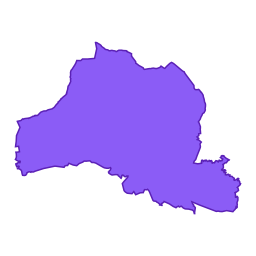 Holod, Bihor, Romania (Robinson projection)
{"feature_id": "2599482B12126878753034", "entity_name": "Holod", "entity_type": "district", "adm_level": 2, "iso_a3": "ROU", "parent_name": "Romania", "parent_adm1": "Bihor", "projection": "robinson", "projection_center": [22.119, 46.796], "detail": "fine", "context": "isolated", "style": "filled", "palette": "violet", "viewbox_px": 256, "rotation_deg": 0, "n_neighbors": 0, "source": "geoboundaries", "source_scale": "gbopen_adm2", "svg_char_len": 5878}
<svg xmlns="http://www.w3.org/2000/svg" viewBox="0 0 256 256"><path d="M30.9,172.3L31.2,171.7L32.7,172.0L33.7,171.9L34.8,171.3L43.6,168.5L54.6,166.2L55.6,166.2L64.1,167.3L64.8,166.0L66.4,165.5L67.6,165.5L68.9,163.3L73.1,165.0L76.7,165.7L79.1,163.6L82.8,162.1L84.1,161.1L85.5,161.1L85.8,161.2L89.8,160.8L91.8,162.5L93.8,162.5L95.8,163.1L103.4,167.4L104.6,167.9L106.4,168.2L108.3,168.3L110.5,167.6L110.9,168.4L110.3,170.1L109.6,170.6L109.0,171.3L109.0,171.9L108.5,172.1L108.8,173.1L110.5,174.3L112.0,175.0L115.3,174.6L117.7,174.7L118.3,175.8L119.5,176.6L120.8,178.1L121.1,178.3L121.8,176.7L121.7,175.9L122.0,175.3L122.3,175.1L123.2,175.2L123.7,175.5L124.2,176.3L124.9,176.7L125.8,176.7L126.7,176.0L128.0,176.1L127.8,177.0L127.5,177.5L124.1,181.3L122.3,183.6L124.0,190.4L124.5,191.2L125.5,192.1L127.2,193.2L132.0,193.7L133.8,191.6L135.7,194.7L140.2,192.8L143.3,192.6L143.3,192.2L143.9,191.2L144.4,189.8L144.6,189.6L146.5,189.8L147.0,189.7L147.6,189.3L148.8,190.7L149.4,191.7L153.0,200.4L153.7,201.0L156.1,201.3L156.6,202.0L157.7,202.5L159.2,203.7L159.7,204.3L159.6,205.0L160.6,205.1L161.0,204.9L161.5,205.4L162.0,205.4L162.0,205.0L161.3,204.0L161.3,203.8L161.5,203.5L162.6,203.1L163.0,202.6L163.9,202.1L164.1,201.5L169.4,203.9L173.3,206.5L175.9,207.6L176.0,207.7L176.7,207.0L178.5,206.1L179.2,206.9L179.7,207.0L180.7,206.3L181.6,206.3L181.9,206.7L183.3,208.0L185.2,208.9L188.6,209.1L192.2,210.0L193.3,210.7L193.7,211.3L194.3,213.6L194.7,213.6L194.6,212.5L195.3,207.8L195.0,207.2L193.9,206.1L193.5,205.9L193.8,205.5L193.6,204.9L192.7,204.0L191.9,201.8L199.5,205.0L216.3,211.4L218.2,211.1L219.9,211.5L222.2,211.6L226.6,210.6L232.9,211.7L233.9,210.5L235.0,209.5L235.8,208.0L236.0,207.1L236.6,207.9L237.2,207.2L237.1,205.1L237.3,204.2L236.9,203.0L237.9,200.1L237.9,197.4L237.2,196.4L236.3,196.5L236.2,197.3L235.5,197.2L235.4,193.7L234.9,192.7L235.6,192.2L236.2,192.2L238.5,190.5L238.2,188.8L237.7,187.7L237.3,187.4L240.2,184.7L240.1,184.3L240.6,183.7L239.7,182.9L239.7,181.7L239.0,180.6L238.6,180.2L238.0,180.7L237.7,180.6L237.7,180.3L238.3,179.3L238.8,178.8L238.7,178.6L238.0,178.3L236.0,179.8L235.1,180.2L234.3,180.3L233.9,179.8L234.4,178.8L234.1,178.1L233.0,177.5L232.0,176.4L229.7,176.3L229.6,175.5L230.0,175.0L229.8,174.9L228.9,175.1L228.4,174.3L228.1,174.2L226.8,174.9L225.4,174.7L225.5,173.7L226.0,172.4L225.6,172.3L224.7,172.6L224.2,172.6L223.7,171.7L225.6,170.4L225.3,170.0L224.4,169.7L222.9,170.3L222.3,170.4L221.6,169.9L221.9,169.3L222.9,168.6L223.4,167.6L223.3,165.1L222.9,164.4L224.2,163.7L225.2,162.8L226.3,162.8L228.0,160.5L228.9,160.3L229.2,159.9L226.2,158.3L224.2,156.6L224.1,156.0L223.7,155.8L223.1,156.1L222.9,155.6L222.0,155.6L221.3,156.0L221.3,156.6L220.4,157.6L222.8,159.0L222.1,160.5L221.6,160.3L221.2,160.8L220.6,161.0L220.2,160.9L220.0,160.5L219.7,160.2L219.1,160.2L218.9,160.6L218.9,161.0L218.3,161.9L218.0,161.8L217.2,160.9L215.9,160.7L215.7,161.1L214.9,161.8L214.8,162.5L214.6,162.8L213.1,162.7L212.4,163.1L212.0,162.9L212.1,162.3L211.9,161.7L212.0,161.3L211.4,160.6L211.0,160.7L210.5,161.4L210.2,161.5L209.9,161.2L209.8,160.6L209.2,160.4L209.0,160.8L207.8,161.5L207.1,161.0L206.6,160.3L206.0,160.1L205.7,160.9L205.2,160.9L204.7,160.4L203.4,161.3L203.4,161.0L202.9,160.4L202.1,160.1L201.6,160.5L201.6,161.3L201.4,161.8L201.3,162.2L201.6,162.8L201.6,163.3L197.7,163.8L193.6,163.0L193.8,162.1L194.4,160.9L195.7,159.6L197.0,155.9L199.8,148.8L200.3,147.4L200.4,146.2L200.0,144.1L200.2,143.6L201.3,142.1L198.8,140.0L197.3,139.6L198.7,138.3L197.0,136.9L198.8,135.6L198.7,133.8L200.6,133.5L200.2,128.5L200.4,128.3L200.4,126.6L198.8,122.3L198.4,121.9L200.3,119.0L200.8,117.4L202.2,114.8L202.4,114.0L202.7,113.6L204.2,112.6L204.3,112.1L205.0,111.0L205.3,110.0L205.3,109.4L205.1,109.0L205.5,106.1L205.5,104.6L205.3,103.4L204.6,102.1L204.1,99.1L203.4,96.9L203.1,95.1L202.0,93.3L201.2,92.1L200.9,91.9L200.8,92.0L199.6,90.3L198.6,89.4L197.8,89.6L196.0,89.7L195.1,89.5L194.4,88.7L194.1,88.1L193.9,85.4L185.0,73.5L184.1,71.7L183.4,71.5L182.3,70.8L174.2,64.0L172.9,63.1L171.5,62.4L169.7,63.5L166.5,66.5L164.8,68.4L163.8,68.0L161.0,66.1L159.9,67.4L157.0,68.5L155.5,68.5L153.3,68.1L151.4,68.4L151.0,68.6L149.3,68.6L144.5,69.4L143.5,68.8L143.5,68.3L143.2,67.8L138.6,65.3L137.4,64.2L135.8,63.3L135.8,62.1L135.5,61.4L131.5,56.1L131.6,55.5L131.4,54.0L131.5,53.7L129.2,52.5L128.7,52.4L127.0,51.6L127.2,51.3L126.2,50.7L122.6,50.5L121.9,50.2L118.9,50.2L117.5,50.9L117.0,51.4L116.2,51.6L116.1,51.3L114.5,50.8L113.9,50.8L112.0,50.4L111.1,50.4L110.5,50.7L109.0,50.7L107.9,49.9L105.3,49.4L104.6,48.6L101.4,46.3L101.3,45.8L101.0,45.4L99.6,44.3L98.1,43.5L97.1,42.8L95.8,42.4L95.5,42.5L96.7,48.7L94.6,58.4L87.9,59.0L82.5,59.0L81.0,60.4L80.4,60.6L76.8,60.5L75.9,62.9L74.9,64.8L71.9,69.5L71.2,70.2L70.9,70.8L70.5,72.6L70.6,74.4L70.5,76.2L70.1,76.9L70.5,78.2L70.8,78.6L70.5,79.6L70.7,81.5L69.0,85.1L68.1,86.2L67.6,89.5L66.7,92.4L66.9,92.8L66.4,93.3L66.6,93.7L66.6,94.0L65.4,95.2L62.9,97.2L62.2,98.0L61.0,98.7L61.0,99.2L58.7,101.7L58.1,102.0L58.1,102.8L56.2,104.7L54.3,107.3L52.0,108.9L48.1,109.8L46.1,110.9L43.7,111.0L40.7,112.2L37.6,115.4L36.7,115.6L36.0,115.3L34.9,115.5L35.0,115.7L34.9,115.9L34.5,115.7L34.0,116.1L33.2,116.4L32.7,116.3L31.9,116.9L30.2,117.6L29.8,118.0L29.4,117.9L28.8,118.0L28.6,118.4L28.0,118.2L24.6,118.6L23.3,119.2L22.9,118.8L21.9,119.5L21.3,120.3L20.3,120.7L17.3,121.3L17.3,121.6L17.7,121.9L17.8,122.5L20.0,127.4L16.5,135.6L16.2,141.5L15.5,146.7L18.6,146.3L19.5,151.7L17.7,152.1L15.9,152.2L16.3,153.8L16.4,156.5L16.1,158.2L15.4,159.4L16.6,160.3L18.6,161.4L19.8,161.1L20.2,161.3L20.2,162.0L19.8,162.7L18.9,162.3L17.3,163.1L17.4,163.3L17.3,163.7L15.9,163.8L15.9,164.6L16.7,166.6L18.3,166.1L19.1,166.4L19.0,167.0L18.8,167.3L17.8,168.1L17.4,168.2L17.5,168.7L18.6,168.7L19.3,168.9L20.6,169.7L21.0,170.1L21.6,171.0L22.1,173.8L22.6,175.3L24.4,175.5L25.7,175.2L26.8,173.7L26.9,172.8L28.6,171.9L29.6,171.8L30.9,172.3Z" fill="#8b5cf6" stroke="#5b21b6" stroke-width="1.5"/></svg>